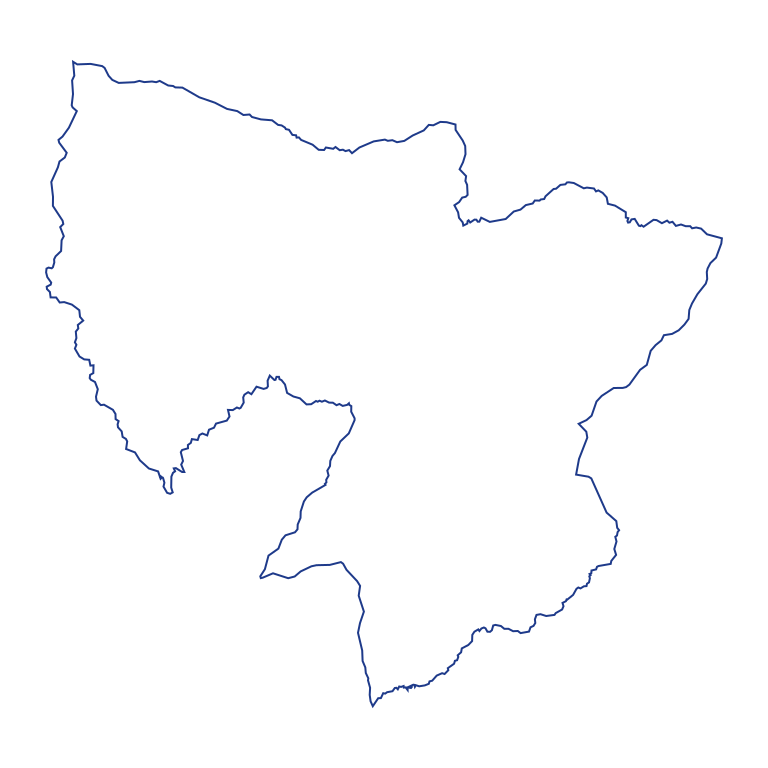 outline of Versalles, Valle del Cauca, Colombia
{"feature_id": "7082276B43348198009946", "entity_name": "Versalles", "entity_type": "district", "adm_level": 2, "iso_a3": "COL", "parent_name": "Colombia", "parent_adm1": "Valle del Cauca", "projection": "albers", "projection_center": [-76.216, 4.612], "detail": "fine", "context": "isolated", "style": "outline", "palette": "blue", "viewbox_px": 768, "rotation_deg": 0, "n_neighbors": 0, "source": "geoboundaries", "source_scale": "gbopen_adm2", "svg_char_len": 6037}
<svg xmlns="http://www.w3.org/2000/svg" viewBox="0 0 768 768"><path d="M455.5,124.5L446.7,122.2L440.3,121.9L433.3,125.3L428.8,124.9L423.8,130.4L412.7,135.5L404.3,140.9L397.0,142.2L392.4,140.2L387.8,140.8L384.9,139.6L373.7,141.4L359.4,147.5L352.0,153.2L349.1,150.1L345.5,151.1L342.9,149.7L339.7,150.2L335.5,147.0L333.2,148.8L325.9,147.5L324.1,150.0L318.7,149.8L312.6,144.7L301.1,139.9L298.9,137.4L296.6,137.6L296.1,135.3L292.4,134.9L289.0,129.8L285.8,129.1L285.0,127.6L281.6,125.4L278.1,124.9L272.1,120.3L260.9,119.4L252.0,117.0L249.6,114.5L243.4,115.0L237.3,111.1L227.0,108.9L214.9,102.7L199.3,97.3L182.4,87.6L175.3,87.4L173.1,86.0L168.2,85.5L159.7,80.9L156.2,82.2L152.0,81.5L144.3,82.1L139.4,80.9L134.4,82.2L118.7,82.9L112.3,79.9L108.6,75.8L104.6,67.9L102.2,66.1L90.6,63.9L77.3,64.4L73.1,61.8L74.3,75.7L72.1,80.4L73.0,94.1L71.7,105.3L72.6,107.4L76.8,111.1L68.9,127.7L62.5,136.6L58.5,139.9L59.2,142.7L66.7,152.8L64.8,157.5L59.5,161.5L57.9,167.3L51.3,182.0L53.0,196.8L52.9,205.9L62.6,220.7L63.3,224.0L60.2,227.1L63.8,236.2L61.6,240.3L61.1,251.0L55.6,256.3L54.1,259.3L54.3,262.5L52.9,267.2L51.7,268.3L48.5,267.6L46.5,268.6L46.1,272.4L47.3,277.1L51.2,282.6L50.7,284.6L46.7,286.7L47.0,289.1L49.9,292.0L50.6,297.4L56.2,297.5L59.7,302.5L64.2,302.1L71.9,304.6L79.3,310.2L80.0,316.8L83.2,320.6L77.8,325.0L78.3,328.5L75.8,331.6L76.4,338.1L74.9,342.3L76.4,344.8L74.9,348.6L79.5,356.5L84.2,359.4L89.2,359.8L90.4,365.6L93.5,365.3L93.3,373.1L90.1,374.9L89.7,378.1L90.8,379.7L95.0,382.0L97.8,389.2L96.0,396.7L96.5,400.6L100.8,405.1L104.0,404.7L112.9,409.8L115.5,414.0L115.6,419.1L118.6,421.1L117.6,424.3L118.0,427.3L121.7,431.4L122.6,436.9L125.9,438.9L127.2,441.4L126.1,449.0L135.0,452.4L139.9,460.3L148.9,468.5L158.1,471.4L160.6,478.8L161.9,477.5L160.2,477.1L160.5,476.1L163.1,478.1L164.4,482.7L163.5,486.6L167.1,492.8L170.2,493.8L172.7,492.4L171.2,487.6L171.4,476.6L173.0,472.8L175.1,471.3L173.8,468.4L175.9,468.1L182.1,472.0L184.3,472.0L181.2,464.6L183.0,461.0L180.8,452.2L182.1,450.0L188.0,448.3L187.9,445.0L190.8,442.9L191.9,439.1L197.7,440.0L199.4,435.1L202.4,433.5L207.2,435.4L209.0,429.7L214.0,427.7L216.0,423.6L226.8,420.6L229.5,416.5L228.0,409.9L232.8,410.1L236.9,407.5L239.4,408.5L240.7,407.8L243.7,402.6L243.2,397.4L244.4,394.7L248.1,392.2L251.4,394.2L256.5,386.7L263.6,388.9L266.7,388.0L267.9,386.4L267.6,380.7L269.8,375.6L274.4,380.0L275.5,379.8L276.5,376.9L279.0,376.9L279.5,379.2L281.5,380.1L285.0,384.5L287.1,392.9L293.4,396.5L299.9,398.3L306.5,404.4L311.2,404.2L316.0,401.0L317.7,401.7L319.5,400.7L321.9,401.7L324.9,400.5L329.1,402.6L332.9,402.7L336.5,405.2L339.4,404.0L342.7,405.9L347.1,404.9L348.9,403.3L349.2,404.8L351.3,406.1L351.2,411.7L354.6,418.3L354.6,420.1L348.8,433.4L340.3,441.5L334.9,453.1L332.5,455.9L330.3,460.9L330.0,466.1L327.3,470.6L328.6,475.6L326.2,479.8L326.4,482.4L324.9,483.9L325.5,484.9L312.2,492.6L306.7,497.3L303.9,501.5L300.7,511.4L300.5,517.9L297.7,524.5L297.5,529.3L295.0,532.3L285.5,535.3L281.8,539.7L278.4,548.6L268.5,555.6L264.9,569.2L260.3,576.3L260.8,578.1L262.7,577.7L273.0,573.3L288.2,578.2L294.7,576.5L300.7,571.4L311.4,566.3L316.5,565.2L329.8,564.9L340.9,562.1L343.1,563.7L346.5,569.8L357.1,581.1L360.1,585.9L358.7,595.7L363.9,611.6L360.0,623.1L358.0,632.8L362.2,650.5L362.6,661.0L365.3,667.4L365.8,673.0L368.3,678.3L368.0,680.3L370.1,687.8L369.7,694.9L370.6,701.3L372.8,706.2L378.2,698.2L380.9,698.1L383.2,693.2L385.2,693.6L387.1,692.2L392.5,691.2L394.8,688.0L396.4,687.8L397.8,689.3L399.2,686.5L401.1,686.9L403.6,686.0L403.8,687.6L405.6,687.4L407.6,690.0L407.6,687.4L411.0,688.0L411.7,687.1L409.9,686.3L413.3,684.7L414.4,684.9L414.9,686.8L415.8,685.2L419.2,686.3L424.8,685.4L428.8,683.8L429.5,681.4L432.2,680.7L436.7,675.6L442.1,673.2L444.6,674.0L448.3,670.2L447.8,668.2L454.1,663.7L454.9,660.8L457.1,660.2L458.3,656.9L457.7,655.3L461.1,652.3L461.8,648.4L468.3,645.0L472.1,641.1L472.3,634.9L474.4,631.7L478.3,629.4L479.4,631.0L481.4,628.5L483.9,627.5L485.5,628.3L487.4,631.7L490.1,631.8L491.9,630.2L493.2,625.5L495.4,624.9L500.9,626.0L504.3,628.8L508.5,628.8L513.1,631.2L517.8,631.0L520.6,633.1L529.0,631.6L530.5,627.3L533.5,625.9L535.3,623.0L534.9,619.3L536.5,614.9L540.5,614.2L546.2,616.0L554.5,614.9L555.7,613.1L562.1,609.5L563.5,606.2L562.5,602.9L565.9,601.2L566.9,598.6L566.9,599.9L573.1,594.9L576.5,588.8L578.3,587.5L580.5,588.4L583.9,586.3L586.5,586.1L587.0,583.7L589.0,582.4L589.9,578.2L589.3,576.3L590.6,575.1L589.6,574.0L591.3,573.2L591.5,570.5L596.1,569.4L597.0,566.8L598.6,566.0L610.7,563.9L611.3,560.9L616.1,554.9L614.3,549.0L616.5,541.5L615.3,536.8L617.0,535.5L617.6,532.1L619.1,530.2L617.2,527.8L616.3,521.1L606.6,512.6L591.3,478.4L588.5,476.7L576.1,474.6L579.0,459.0L587.3,437.6L586.3,431.7L578.7,423.8L586.5,420.1L591.6,415.7L596.5,401.5L601.7,395.9L613.7,388.0L622.8,387.9L626.1,387.1L629.4,384.6L640.1,369.8L646.8,364.9L650.7,350.8L655.6,345.1L661.4,340.4L663.9,335.2L672.1,333.9L678.7,330.3L684.4,324.6L688.6,318.9L689.3,310.0L692.0,303.5L697.4,294.2L705.8,283.6L707.2,279.0L706.8,272.0L707.6,268.5L710.4,263.1L716.1,257.6L721.3,243.5L721.9,238.3L707.0,234.3L701.1,228.6L696.2,227.5L692.1,228.3L690.2,226.2L685.7,226.2L681.0,224.5L675.9,225.9L672.5,221.8L669.4,222.7L667.1,220.6L661.9,223.2L656.6,220.1L653.5,219.8L643.6,226.7L641.4,225.2L640.4,226.1L638.9,225.7L634.7,218.9L631.5,219.4L629.8,222.3L628.1,222.6L627.4,221.0L628.3,218.2L625.8,217.5L625.8,212.2L615.0,205.6L607.9,203.8L606.7,197.4L602.7,192.9L598.3,190.4L596.0,191.4L594.0,188.5L586.9,187.6L583.8,188.3L573.8,183.0L568.9,182.3L566.9,182.5L565.4,184.3L560.4,184.9L556.1,188.7L553.6,189.0L545.5,196.3L544.2,199.0L540.7,199.5L539.6,200.6L534.8,200.5L532.7,203.5L525.8,205.1L520.5,209.6L513.8,211.5L505.7,219.0L489.8,221.9L481.2,217.7L479.3,221.7L477.7,221.7L476.4,219.7L474.5,219.6L470.2,222.5L468.6,220.3L467.6,221.1L467.3,223.6L463.3,225.6L462.7,222.4L459.0,217.8L458.1,212.3L454.4,205.3L459.1,202.1L462.2,197.6L465.7,196.8L467.6,194.9L467.1,184.8L465.4,181.0L466.1,176.1L459.6,169.3L463.0,162.3L465.5,154.2L465.2,146.0L462.7,140.5L455.6,129.9L455.5,124.5Z" fill="none" stroke="#1e3a8a" stroke-width="2"/></svg>